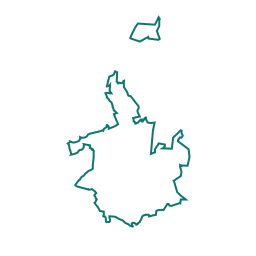 outline of San Cristóbal de las Casas, Chiapas, Mexico, rotated 248°
{"feature_id": "50627088B72406563366189", "entity_name": "San Cristóbal de las Casas", "entity_type": "district", "adm_level": 2, "iso_a3": "MEX", "parent_name": "Mexico", "parent_adm1": "Chiapas", "projection": "robinson", "projection_center": [-92.57, 16.664], "detail": "fine", "context": "isolated", "style": "outline", "palette": "teal", "viewbox_px": 256, "rotation_deg": 248, "n_neighbors": 0, "source": "geoboundaries", "source_scale": "gbopen_adm2", "svg_char_len": 5612}
<svg xmlns="http://www.w3.org/2000/svg" viewBox="0 0 256 256"><g transform="rotate(248 128 128)"><path d="M137.1,69.5L136.8,69.5L136.2,66.3L134.5,66.9L130.6,66.1L128.0,66.0L125.0,65.5L124.7,65.1L124.4,66.3L124.3,67.0L124.0,68.7L124.2,72.3L124.8,72.9L125.7,74.8L125.4,76.2L125.2,76.7L125.5,78.0L126.3,79.2L126.5,79.6L127.3,79.9L129.0,80.9L129.6,80.9L126.2,86.2L125.8,86.1L125.8,85.8L125.3,85.6L125.0,85.9L124.7,85.9L124.1,85.9L123.6,85.6L123.5,85.3L123.1,85.6L122.8,86.0L122.7,86.0L122.2,86.4L121.8,86.5L121.9,86.8L121.9,87.1L121.3,87.4L120.7,87.5L120.5,87.1L120.4,87.2L120.4,87.5L119.7,87.7L114.6,85.5L113.6,85.2L112.5,84.5L111.5,84.1L110.8,83.5L110.3,83.4L108.4,82.3L106.4,81.3L106.4,81.2L103.5,80.2L103.1,78.8L103.0,77.7L102.9,75.1L102.3,73.4L101.7,71.3L101.1,70.4L100.4,69.2L100.2,68.4L100.2,67.3L99.8,66.3L99.2,65.2L98.3,64.4L98.2,63.9L98.0,63.2L97.4,61.8L97.3,61.7L95.3,58.3L94.7,57.7L94.4,57.8L92.6,59.1L91.7,60.4L86.3,67.6L86.2,67.7L86.2,68.3L85.4,68.6L84.7,71.8L81.7,73.5L79.6,74.2L78.3,71.6L77.3,71.7L76.2,72.0L74.7,71.8L74.4,71.9L73.8,72.3L73.6,72.3L73.4,72.2L72.9,71.4L71.8,70.2L71.2,69.4L71.1,69.0L70.6,69.2L69.7,69.3L67.1,70.0L65.9,70.4L61.5,70.9L59.9,73.7L59.6,74.2L59.3,74.0L58.4,73.6L57.5,73.6L55.4,72.0L55.1,72.3L54.6,73.4L54.4,73.7L53.6,73.6L52.7,73.6L49.6,72.5L48.8,72.8L48.7,73.7L48.4,74.4L48.1,74.7L47.8,75.2L47.9,75.7L48.3,76.1L48.5,76.6L49.1,76.6L50.0,77.0L51.6,77.1L52.2,77.4L53.1,77.7L52.2,79.5L52.1,79.9L51.7,80.4L51.6,80.8L51.1,81.8L50.4,83.0L49.0,84.0L48.9,84.2L48.3,84.6L47.4,85.4L47.0,85.7L45.3,87.4L44.7,88.1L43.6,88.8L42.0,89.4L41.7,89.6L40.6,90.3L40.3,90.7L39.3,91.5L39.1,92.0L38.3,92.4L37.8,92.7L37.0,93.0L36.7,93.4L36.3,93.8L36.1,94.3L35.7,94.5L35.2,95.0L34.9,95.3L34.9,95.5L35.0,95.6L35.5,95.7L36.1,95.5L37.0,95.5L37.9,95.6L38.2,96.1L38.3,96.9L38.2,97.2L38.0,97.5L37.6,98.3L37.4,98.6L36.5,98.9L35.9,99.5L35.3,99.4L35.2,99.5L35.1,99.8L35.2,100.3L35.5,100.4L35.7,100.8L35.8,101.1L35.7,101.5L36.0,101.8L36.2,102.1L36.2,102.9L36.3,103.6L36.6,104.0L37.1,104.2L37.5,104.7L37.7,105.1L38.0,105.8L38.9,106.4L39.2,106.9L40.1,107.4L40.2,107.6L40.4,107.8L40.6,108.3L40.9,108.5L41.1,109.2L41.1,110.1L41.0,110.5L40.9,111.2L41.0,111.3L41.1,111.8L40.9,112.2L40.5,112.8L40.5,113.0L40.3,113.3L40.2,114.0L40.0,114.4L39.8,114.7L39.4,114.9L39.1,115.0L38.9,115.0L38.1,114.5L37.7,117.3L37.7,117.8L37.8,118.2L37.7,118.5L37.2,120.0L37.1,120.8L37.1,121.4L40.6,123.3L40.4,126.1L38.7,130.3L42.8,136.1L42.6,136.8L42.3,137.2L41.5,137.2L40.5,137.4L39.5,139.2L39.0,148.0L38.6,148.3L41.9,150.1L40.0,154.8L41.1,154.2L42.7,153.3L44.4,152.2L48.5,150.3L50.2,149.6L61.1,150.7L61.9,150.5L63.7,159.0L66.8,160.9L67.9,161.3L72.3,161.7L73.3,162.2L74.1,162.5L72.8,163.5L73.2,163.7L70.7,169.1L78.3,174.3L85.7,176.2L97.1,169.3L97.5,169.5L97.8,169.7L98.0,170.2L98.1,170.3L98.6,170.5L98.8,171.1L99.2,171.7L99.5,171.9L99.8,172.5L99.0,174.0L99.6,174.9L100.3,175.7L100.5,175.9L101.0,176.0L102.5,175.8L103.1,175.8L104.1,176.1L104.7,176.2L105.0,176.3L105.4,176.7L105.5,176.7L106.1,176.0L102.1,166.2L92.4,160.9L96.2,152.3L96.5,153.8L97.3,155.4L98.9,155.9L102.2,150.7L98.0,144.9L95.4,144.0L95.4,139.6L116.0,150.0L123.1,154.7L124.1,150.8L125.7,148.4L126.2,148.2L128.9,148.0L131.0,148.5L131.1,148.2L131.0,147.8L130.7,146.9L130.4,146.5L129.8,146.1L129.3,145.2L129.1,144.5L128.6,144.1L128.5,143.8L128.6,143.5L128.9,143.2L129.2,143.1L129.5,143.1L130.1,143.8L130.3,143.9L130.5,143.8L130.7,143.6L130.8,143.7L130.9,143.3L131.0,142.9L131.0,142.7L130.8,142.2L130.5,141.9L130.2,141.0L129.8,140.5L129.7,140.1L129.3,139.5L129.3,138.7L129.5,138.1L129.5,137.7L129.1,136.8L129.2,136.5L131.4,136.5L132.0,136.1L132.1,135.8L134.3,136.5L135.4,136.6L134.2,143.2L138.4,142.9L140.4,143.2L141.0,143.6L141.7,144.5L142.6,145.5L144.2,145.9L146.7,145.2L148.2,144.7L156.2,142.5L156.4,142.4L157.9,140.5L159.7,140.4L160.6,140.8L164.6,140.1L166.1,139.8L167.2,139.5L170.7,140.7L173.3,142.0L173.3,141.4L172.3,140.4L172.1,139.7L172.0,138.5L173.0,137.4L173.2,136.8L172.9,136.1L173.2,135.4L173.5,135.6L173.9,135.7L174.5,135.5L175.1,135.0L175.3,134.9L175.4,135.0L183.7,138.8L184.0,138.2L184.7,137.8L185.1,137.7L185.4,137.2L185.1,136.9L184.8,136.8L184.7,136.7L184.6,136.4L184.1,136.0L183.8,135.6L183.2,135.2L183.0,134.9L182.8,134.3L182.6,133.8L182.6,129.9L178.5,126.8L175.3,124.7L174.8,124.2L174.7,124.0L174.4,124.0L174.4,126.2L174.3,126.6L174.4,127.0L174.7,127.5L169.1,124.8L168.6,125.2L167.8,125.1L167.5,125.3L167.2,125.4L167.0,125.5L166.3,125.6L168.5,121.5L168.6,120.9L168.7,120.1L165.0,120.2L164.7,120.1L164.3,120.2L164.1,119.9L162.4,120.7L161.0,121.0L160.6,121.0L159.5,121.3L158.4,122.0L157.2,122.3L155.6,122.1L155.2,122.2L154.1,122.1L153.5,121.6L152.4,121.8L152.2,121.9L151.9,121.7L151.7,121.6L150.8,121.6L150.3,121.7L150.0,121.5L149.4,121.6L148.0,122.4L146.1,123.3L146.1,120.1L135.2,120.2L135.0,119.5L135.1,119.1L134.9,118.4L134.6,117.2L134.6,116.0L134.5,114.6L134.6,110.8L134.5,109.9L134.9,110.1L136.7,110.6L138.7,109.8L138.8,109.5L138.7,109.3L138.6,109.2L138.3,109.2L137.5,109.1L137.0,108.8L136.8,108.2L136.8,107.9L136.5,106.9L136.3,105.5L135.5,104.7L135.0,104.3L134.7,103.9L135.3,103.6L135.7,98.8L136.3,95.4L136.4,94.5L137.0,90.8L136.9,88.6L135.6,86.5L135.4,85.9L135.4,84.6L135.7,82.9L136.1,82.0L136.8,80.8L137.5,80.2L136.8,79.9L135.9,79.7L135.9,79.4L135.0,78.5L134.5,77.9L134.4,77.4L134.4,75.4L134.5,74.5L134.6,73.2L134.8,72.3L135.2,71.5L135.8,70.6L136.3,70.4L137.1,69.5ZM203.7,171.4L204.9,180.8L203.3,180.5L198.4,189.1L198.7,190.8L207.1,191.1L210.9,195.2L215.8,197.2L217.3,198.3L219.2,197.9L218.2,196.8L213.7,191.7L221.1,176.4L220.6,175.4L218.0,171.7L211.8,164.8L210.3,163.8L209.0,165.2L203.7,171.4Z" fill="none" stroke="#0f766e" stroke-width="2"/></g></svg>